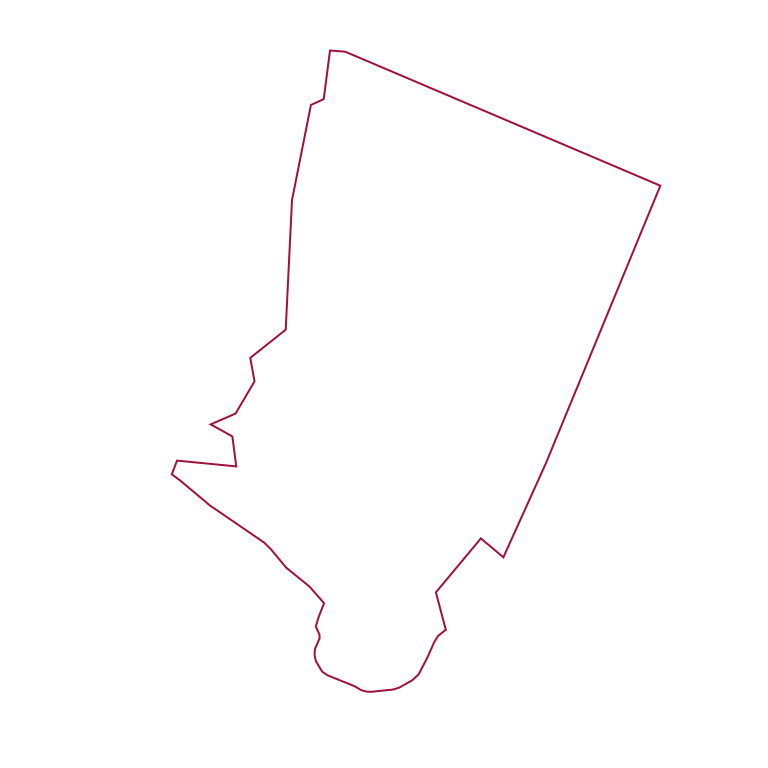 outline of Carlisle, Kentucky, United States of America, rotated 293°
{"feature_id": "52423323B12449706455723", "entity_name": "Carlisle", "entity_type": "district", "adm_level": 2, "iso_a3": "USA", "parent_name": "United States of America", "parent_adm1": "Kentucky", "projection": "natural_earth1", "projection_center": [-89.084, 36.863], "detail": "fine", "context": "isolated", "style": "outline", "palette": "rose", "viewbox_px": 768, "rotation_deg": 293, "n_neighbors": 0, "source": "geoboundaries", "source_scale": "gbopen_adm2", "svg_char_len": 770}
<svg xmlns="http://www.w3.org/2000/svg" viewBox="0 0 768 768"><g transform="rotate(293 384 384)"><path d="M669.9,204.0L622.7,217.2L612.3,207.7L517.2,227.5L395.6,272.3L355.8,250.7L335.8,263.8L298.8,258.9L279.1,240.2L276.5,264.9L250.4,280.2L232.6,223.4L217.9,224.0L215.7,233.5L204.2,271.1L191.2,335.6L187.6,344.6L176.7,365.8L168.4,394.6L158.8,414.5L143.4,414.9L134.1,416.0L128.1,422.5L124.7,424.1L113.0,424.0L107.3,426.0L102.5,429.4L96.6,437.3L95.0,439.7L93.8,446.0L94.3,475.2L93.3,482.4L94.0,488.3L96.2,493.5L99.9,500.2L106.2,511.6L110.4,516.6L122.4,525.8L130.3,529.3L148.9,530.8L166.3,531.1L173.2,532.2L181.7,536.8L181.8,537.0L212.5,513.2L279.7,533.5L271.1,561.6L374.3,564.0L674.5,560.9L674.7,218.3L669.9,204.0Z" fill="none" stroke="#9f1239" stroke-width="2"/></g></svg>